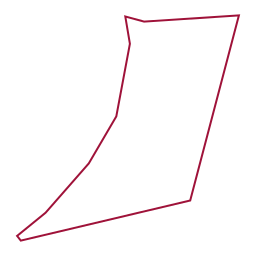 outline of San Fernando
{"feature_id": "TTO-62", "entity_name": "San Fernando", "entity_type": "City", "adm_level": 1, "iso_a3": "TTO", "parent_name": "Trinidad and Tobago", "parent_adm1": "", "projection": "albers", "projection_center": [-61.466, 10.279], "detail": "fine", "context": "isolated", "style": "outline", "palette": "rose", "viewbox_px": 256, "rotation_deg": 0, "n_neighbors": 0, "source": "natural_earth", "source_scale": "10m", "svg_char_len": 250}
<svg xmlns="http://www.w3.org/2000/svg" viewBox="0 0 256 256"><path d="M17.1,235.9L45.6,212.7L88.8,163.4L116.3,116.4L129.9,43.8L125.3,16.5L144.1,21.6L238.9,15.4L190.2,200.5L20.8,240.6L17.1,235.9Z" fill="none" stroke="#9f1239" stroke-width="2"/></svg>